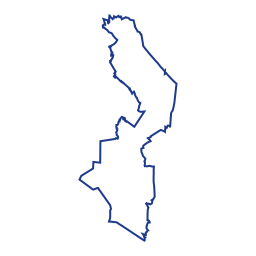 outline of Mazatepec, Morelos, Mexico
{"feature_id": "50627088B77500385000794", "entity_name": "Mazatepec", "entity_type": "district", "adm_level": 2, "iso_a3": "MEX", "parent_name": "Mexico", "parent_adm1": "Morelos", "projection": "equal_earth", "projection_center": [-99.367, 18.688], "detail": "fine", "context": "isolated", "style": "outline", "palette": "blue", "viewbox_px": 256, "rotation_deg": 0, "n_neighbors": 0, "source": "geoboundaries", "source_scale": "gbopen_adm2", "svg_char_len": 5636}
<svg xmlns="http://www.w3.org/2000/svg" viewBox="0 0 256 256"><path d="M151.9,200.0L153.5,198.8L154.7,196.7L154.2,186.3L153.8,183.4L153.6,180.8L153.6,176.6L153.7,174.8L153.7,169.0L153.9,166.5L152.7,166.5L152.0,166.5L150.8,166.2L149.2,165.8L147.8,166.3L144.8,166.2L144.6,165.3L144.7,165.2L144.8,165.0L145.0,162.3L144.4,161.3L145.0,160.3L145.4,158.7L142.9,155.9L142.7,155.0L141.9,153.1L141.4,151.7L141.3,148.6L143.5,147.9L143.4,147.6L143.2,146.9L143.1,146.2L143.3,145.7L143.5,145.5L145.2,144.2L146.3,143.5L147.4,142.6L149.1,141.8L150.6,141.2L150.1,140.3L149.6,139.8L147.8,138.1L148.1,137.9L148.9,137.9L149.3,137.8L149.8,137.4L150.2,137.2L150.7,137.1L150.8,136.9L150.8,136.2L160.8,129.9L162.0,130.4L164.1,131.3L164.5,131.4L165.0,131.8L165.1,129.4L165.3,128.3L165.3,126.8L166.0,127.2L166.7,127.9L167.0,127.4L167.6,125.7L168.5,125.6L169.5,125.7L169.7,126.4L170.1,127.3L171.1,113.1L172.0,111.4L172.5,110.8L172.7,110.4L173.5,107.3L174.1,104.3L174.4,102.5L176.5,83.7L173.9,81.4L171.3,78.8L167.5,74.7L166.2,73.1L164.8,74.0L165.0,71.0L165.0,70.9L164.7,71.3L162.6,68.9L161.0,67.2L160.4,66.6L158.2,63.6L155.4,60.6L148.7,52.9L146.0,49.5L145.1,48.5L144.4,47.5L143.5,46.5L143.3,46.1L141.7,36.2L141.3,34.6L141.0,34.7L140.7,34.1L140.1,33.3L140.1,33.0L140.0,32.6L139.7,32.3L139.0,31.9L137.5,31.5L137.5,31.2L137.4,30.8L136.8,29.9L136.2,29.0L135.9,28.3L134.9,26.8L134.7,25.9L135.0,25.8L134.3,23.3L133.9,21.7L133.7,20.6L133.7,20.4L130.4,19.9L128.9,18.3L128.6,18.3L128.3,18.1L127.8,17.8L126.6,17.6L126.2,17.5L125.6,17.2L125.1,17.6L123.6,18.3L121.8,19.3L121.1,16.8L120.4,17.2L120.0,16.6L119.8,16.8L119.4,16.8L119.1,17.0L118.6,16.4L118.3,15.9L117.9,16.3L117.4,16.4L117.0,16.7L116.4,17.3L116.2,17.2L115.9,17.4L114.1,16.3L113.5,19.3L113.5,19.0L113.1,18.4L112.6,19.1L111.8,18.2L111.4,17.9L111.1,17.8L110.7,17.2L110.3,16.5L109.5,15.4L109.4,15.4L109.2,17.4L109.2,18.5L109.0,19.8L109.2,20.3L109.3,22.2L108.2,23.3L108.1,23.2L107.9,20.9L107.5,20.2L106.5,20.0L103.5,19.0L104.2,21.0L104.4,22.1L105.0,23.3L105.2,24.2L105.2,24.8L104.0,24.5L103.5,24.7L103.1,25.1L102.7,25.8L103.2,26.3L103.0,27.6L104.4,27.7L104.4,28.0L107.6,30.4L109.0,32.3L110.2,32.7L111.0,32.8L112.0,33.6L113.4,35.9L115.1,37.9L115.5,38.4L117.1,39.7L117.3,40.0L115.9,42.2L114.9,43.3L113.5,44.5L112.7,44.9L111.9,45.2L111.1,46.2L110.5,46.1L110.2,46.2L109.2,46.5L109.3,47.2L109.8,47.5L110.4,47.5L110.3,48.0L110.5,49.1L110.7,49.5L111.0,50.4L111.3,51.1L111.3,51.6L111.4,51.9L112.2,52.2L112.4,52.7L112.4,53.2L111.6,53.4L111.6,54.2L111.6,54.3L111.1,54.6L111.2,55.7L112.0,55.6L112.3,55.2L112.5,55.0L112.9,54.9L113.3,55.1L113.3,55.3L112.9,55.9L112.9,56.3L112.8,56.7L112.9,57.1L112.8,57.4L112.5,57.4L112.3,58.2L112.2,58.6L111.1,59.9L111.2,60.2L111.0,61.0L110.1,61.1L110.2,62.0L110.0,62.4L110.4,62.7L112.4,66.2L112.6,66.5L112.9,67.1L114.5,69.7L115.3,71.0L115.5,71.3L115.7,71.6L115.1,72.6L114.9,72.4L114.3,73.4L114.7,73.7L115.3,74.2L113.9,76.4L114.1,76.6L114.9,75.6L115.1,75.8L114.4,76.9L115.0,77.5L114.6,78.2L116.4,77.0L121.2,81.8L121.5,81.3L123.2,83.0L123.4,82.8L125.3,84.7L127.4,86.5L129.3,88.3L129.1,88.7L129.9,89.9L130.2,89.4L131.3,92.0L131.6,92.5L132.1,93.6L133.4,92.0L133.9,91.6L134.3,92.6L134.6,93.1L134.8,93.4L134.9,94.1L134.9,94.6L135.9,96.8L136.1,97.2L136.7,97.6L136.9,97.8L137.3,99.1L137.5,99.8L139.0,102.4L139.9,102.7L139.9,102.8L140.3,103.0L139.2,106.0L139.0,107.2L138.5,109.2L138.0,110.3L138.9,111.2L140.5,111.8L144.4,111.5L134.3,126.8L126.8,121.2L126.4,121.7L126.0,121.5L125.6,121.2L125.3,121.0L125.1,120.9L124.9,120.4L125.1,119.8L124.8,119.4L124.6,119.2L124.5,118.7L124.9,118.4L124.9,118.2L124.7,118.0L124.5,117.9L124.0,118.4L123.5,119.3L123.3,119.4L123.2,119.3L123.2,119.1L123.2,117.9L123.0,117.5L122.8,117.2L122.5,117.0L122.3,116.9L122.1,116.9L121.9,116.9L120.9,117.9L120.6,118.3L120.0,120.1L119.5,119.8L119.4,120.0L119.2,120.7L119.3,121.5L118.8,121.5L118.6,121.7L118.3,123.3L118.1,124.1L117.7,124.6L117.5,124.9L117.1,125.0L116.7,125.0L116.8,125.2L116.3,125.9L116.3,126.3L116.3,126.9L116.6,127.4L116.4,127.5L116.5,127.9L116.6,128.7L116.7,128.9L116.8,129.1L117.2,129.2L117.3,129.2L117.3,130.0L117.1,130.8L116.2,132.4L116.4,133.1L116.6,133.7L116.6,134.5L116.7,135.0L117.5,135.9L117.9,136.3L118.1,137.3L118.0,137.8L117.8,138.5L117.7,138.7L116.0,138.1L115.7,138.3L115.4,138.6L115.3,138.9L114.7,138.9L113.5,139.2L100.4,141.2L100.2,162.7L93.4,161.9L93.1,168.5L81.3,175.8L79.5,179.6L93.1,189.6L97.9,187.9L98.3,188.1L98.4,188.6L104.7,197.5L110.2,205.3L110.3,205.8L111.0,208.9L110.2,210.3L110.2,214.3L110.2,217.1L110.0,218.4L109.0,221.6L111.7,221.7L112.6,221.9L113.5,221.9L114.0,222.1L114.3,222.1L115.6,222.1L117.0,222.5L118.0,223.2L119.3,224.2L120.4,224.8L123.4,226.7L123.5,226.8L144.3,240.6L144.7,240.1L144.3,239.8L144.4,239.4L144.8,238.1L145.3,237.5L143.9,236.7L144.2,236.0L144.5,235.5L144.5,235.4L144.3,235.3L144.5,235.3L144.6,235.1L144.1,235.1L143.7,234.9L143.3,234.8L142.8,234.0L143.1,234.1L143.8,234.5L145.8,235.0L145.8,233.7L145.6,233.5L145.6,233.4L145.6,233.2L145.7,232.9L146.0,232.6L146.2,232.2L146.5,232.2L146.9,231.7L147.0,231.5L147.1,231.3L147.5,230.3L147.7,230.2L147.9,230.2L146.8,228.8L146.4,228.0L146.4,227.8L146.8,225.5L147.0,225.5L147.2,224.5L147.9,222.5L149.7,222.5L149.7,222.2L149.4,221.3L149.0,220.8L148.6,220.5L148.1,220.1L147.4,220.0L147.5,219.4L147.5,216.8L147.6,213.7L147.7,210.1L148.4,207.5L147.9,207.0L148.0,206.8L147.4,205.6L147.3,204.9L146.8,204.3L146.6,204.1L146.4,204.2L146.2,204.0L146.1,203.6L146.5,203.2L146.8,203.5L147.2,203.6L147.4,203.7L148.2,203.6L148.4,203.6L148.8,203.8L149.4,203.9L150.1,204.2L150.3,204.2L150.4,204.3L151.0,203.9L151.6,203.6L151.9,203.3L152.0,203.0L152.1,202.6L152.2,200.5L152.5,200.2L151.9,200.0Z" fill="none" stroke="#1e3a8a" stroke-width="2"/></svg>